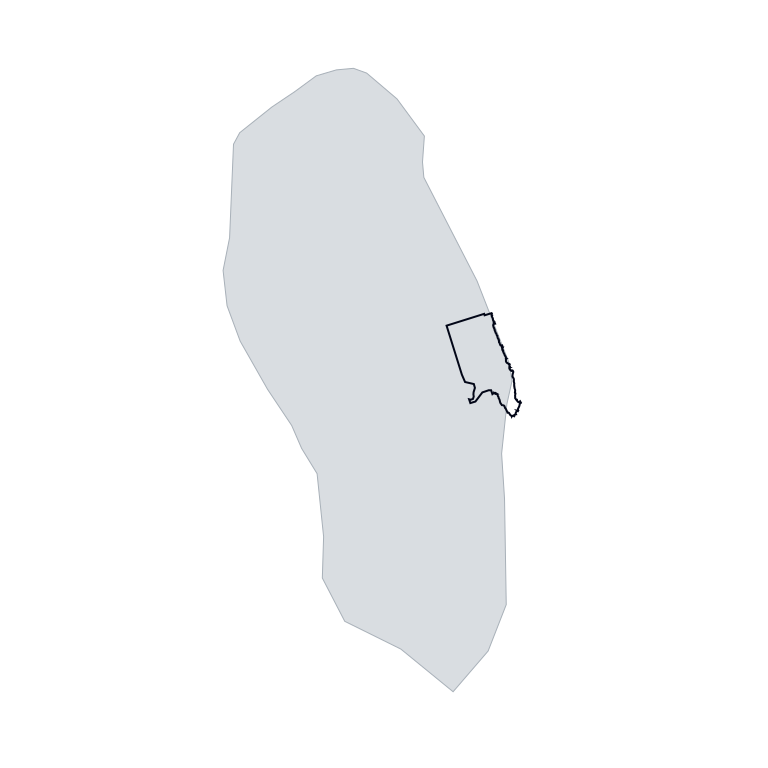 86, Ar Rayyān, Qatar (highlighted), rotated 163°
{"feature_id": "91078587B46444112589307", "entity_name": "86", "entity_type": "district", "adm_level": 2, "iso_a3": "QAT", "parent_name": "Qatar", "parent_adm1": "Ar Rayyān", "projection": "equal_earth", "projection_center": [50.779, 25.397], "detail": "fine", "context": "in_parent", "style": "outline", "palette": "ink", "viewbox_px": 768, "rotation_deg": 163, "n_neighbors": 0, "source": "geoboundaries", "source_scale": "gbopen_adm2", "svg_char_len": 5686}
<svg xmlns="http://www.w3.org/2000/svg" viewBox="0 0 768 768"><g transform="rotate(163 384 384)"><path d="M410.4,681.6L383.8,689.7L358.7,698.5L337.7,698.3L320.9,694.8L309.7,686.4L288.2,652.8L272.9,609.3L282.3,585.0L285.5,569.9L264.9,455.3L258.2,367.5L260.7,349.5L272.4,328.8L291.9,283.0L302.3,239.0L331.6,137.3L362.5,98.2L407.9,69.5L445.4,125.6L490.9,168.5L499.7,216.5L486.4,255.6L474.2,317.8L481.6,346.5L484.4,371.3L496.9,412.9L509.0,467.0L511.2,504.7L504.7,539.6L488.9,569.0L457.8,657.3L448.5,666.5L410.4,681.6Z" fill="#d9dde1" stroke="#a8b0b8" stroke-width="1"/><path d="M307.0,340.5L301.7,340.5L292.4,347.2L285.6,347.4L283.4,346.7L283.3,342.7L282.7,343.0L282.2,343.0L282.0,342.9L281.9,343.0L281.9,342.9L281.6,342.9L281.4,343.0L280.7,343.1L280.4,343.1L280.2,343.0L280.2,342.8L279.9,342.7L279.0,341.7L279.9,341.8L280.1,342.1L280.3,342.1L280.4,342.3L280.5,342.4L280.6,342.6L280.3,342.0L280.0,341.8L279.1,341.6L278.7,340.9L278.6,340.2L278.6,339.3L278.6,338.9L278.4,338.5L278.3,337.8L278.5,337.0L278.4,336.7L278.3,336.2L278.2,335.9L278.1,334.7L278.2,334.3L278.2,333.5L278.3,333.2L278.3,332.7L278.2,331.8L278.2,331.6L278.1,331.4L278.1,331.2L277.8,330.6L277.5,329.6L277.5,329.3L277.2,329.0L277.4,328.7L277.2,328.9L277.1,329.0L276.8,328.9L276.9,328.5L276.8,328.8L276.4,328.8L276.1,328.7L275.8,328.5L275.4,327.9L275.3,327.7L275.3,326.7L275.2,326.3L275.3,325.8L275.0,325.3L274.9,324.8L274.8,324.6L274.7,324.1L274.6,323.6L274.6,323.2L274.5,322.7L274.5,322.4L274.4,322.1L274.3,321.9L274.4,321.6L274.3,321.4L274.3,321.1L274.0,320.8L274.1,320.4L273.5,320.3L273.1,320.0L273.0,319.9L273.0,319.7L272.9,319.5L272.8,319.4L272.7,319.0L272.6,318.7L272.6,318.1L272.3,317.5L272.1,317.0L271.8,316.8L271.3,316.3L271.3,316.2L271.3,315.9L271.3,315.7L271.2,315.8L271.2,316.0L270.5,316.0L270.1,315.8L269.7,315.8L269.5,316.0L269.3,316.0L269.0,315.7L269.0,315.4L268.9,315.2L268.5,315.5L268.5,315.8L268.6,316.0L268.4,316.3L268.1,316.4L267.8,316.5L267.2,316.6L266.7,316.5L266.8,317.0L266.7,317.1L266.4,317.9L266.2,318.2L265.6,318.7L265.4,318.8L265.1,319.2L264.9,319.4L264.6,319.5L264.3,319.1L264.4,319.3L264.1,319.1L264.0,319.5L263.8,320.2L263.5,320.4L263.1,319.7L262.8,320.0L263.1,319.9L263.4,320.2L263.4,320.4L263.3,320.8L263.1,321.1L262.4,321.9L262.0,322.2L261.8,322.5L261.0,323.4L260.1,325.0L259.5,325.9L259.2,326.1L258.9,326.0L259.0,325.9L258.9,325.9L258.9,326.0L259.0,326.4L258.9,326.7L258.8,327.1L259.0,327.4L259.0,327.7L259.3,327.6L259.4,327.2L259.7,326.9L260.2,327.0L260.4,327.1L260.7,327.4L261.1,327.8L261.3,328.2L261.5,328.6L261.7,329.5L261.6,329.8L261.8,329.8L261.9,330.2L262.0,330.3L262.1,330.5L262.4,330.7L262.4,330.9L262.4,331.4L262.5,331.8L262.7,332.1L262.6,332.5L262.2,333.7L262.1,334.4L261.9,334.9L261.2,336.2L261.0,336.7L261.1,337.0L261.3,337.0L261.3,337.7L261.0,338.2L260.6,339.0L260.4,339.8L260.3,340.3L260.4,341.3L260.4,341.9L260.3,342.5L260.1,342.8L260.1,343.1L260.2,343.4L260.0,344.0L259.9,344.2L259.9,344.8L259.6,345.6L259.3,346.3L259.3,346.6L259.2,346.7L259.2,346.9L259.2,347.1L259.2,347.8L259.1,348.1L259.1,348.5L259.0,348.9L258.8,349.3L258.7,349.6L258.5,350.2L258.5,350.5L258.4,350.8L258.4,351.6L258.6,351.9L258.7,352.2L258.7,352.6L258.7,352.8L258.9,353.0L259.0,353.5L258.9,353.9L258.0,355.9L257.6,356.5L257.3,357.0L257.0,357.4L256.8,357.8L256.8,358.5L257.1,359.3L257.4,359.5L257.7,359.2L258.2,359.2L258.5,359.4L258.7,359.7L258.9,360.1L259.0,360.5L259.4,361.0L259.5,361.2L259.4,362.0L259.4,362.5L259.1,362.6L259.4,362.7L259.3,363.0L259.1,363.0L258.9,363.3L259.0,363.3L259.0,363.1L259.3,363.2L259.2,363.5L258.9,364.2L258.9,364.3L258.5,365.3L258.0,366.0L258.1,366.3L258.4,366.3L258.5,366.1L258.9,366.4L259.2,367.3L259.5,367.5L259.9,368.1L260.2,368.2L260.4,368.5L260.6,369.1L260.7,369.8L260.7,370.2L260.4,371.2L259.8,372.4L259.7,372.4L259.6,372.7L259.8,372.4L260.0,372.6L259.8,372.9L259.7,372.9L259.9,373.1L259.7,373.5L259.7,374.1L259.8,374.8L259.7,374.9L259.8,375.1L260.0,375.4L260.0,375.7L260.2,376.4L260.1,376.6L260.1,377.0L260.3,377.8L260.3,378.1L260.3,378.3L260.5,378.7L260.5,378.8L260.5,379.5L260.6,380.3L260.6,380.7L260.3,381.2L260.3,381.6L260.5,381.7L260.8,381.8L260.8,382.2L260.8,382.6L260.7,383.1L260.4,383.5L260.2,383.7L260.4,383.7L260.5,383.9L260.6,384.4L260.5,384.7L260.3,385.2L260.1,386.1L259.8,386.1L259.7,386.3L259.8,386.2L260.1,386.2L260.1,386.4L259.8,386.5L259.7,386.4L259.7,386.5L259.8,386.6L260.3,386.5L260.7,386.4L260.8,386.4L261.2,386.7L261.4,387.2L261.5,388.3L261.5,388.5L261.5,389.1L261.5,389.6L261.8,390.2L261.5,391.5L261.6,391.8L261.3,392.1L261.3,392.7L261.3,392.9L261.3,393.4L261.4,393.5L261.6,393.7L261.7,394.0L261.8,394.2L261.8,394.5L261.7,395.2L261.7,395.4L261.8,395.7L261.7,396.0L261.7,396.4L261.5,397.0L261.9,397.5L261.9,397.9L261.9,398.9L262.0,399.4L262.0,399.8L262.2,400.2L262.3,400.3L262.3,401.3L262.3,401.7L262.3,402.1L262.5,402.7L262.5,402.9L262.2,403.8L262.4,404.2L262.4,405.3L262.4,405.6L262.6,405.8L262.6,406.3L262.5,408.0L262.1,408.9L261.8,409.3L261.7,409.4L261.3,409.4L260.9,409.4L260.9,409.5L261.4,409.4L261.5,409.6L261.3,409.9L261.0,410.1L260.8,409.8L260.7,409.3L260.1,409.2L260.1,409.3L260.6,409.4L260.7,410.0L260.8,410.3L260.8,410.1L261.0,410.2L261.1,410.4L260.9,410.7L260.8,410.3L260.7,410.3L260.9,410.8L260.7,410.9L260.4,410.6L260.3,410.9L260.9,411.1L260.9,411.6L260.7,412.5L260.9,412.7L261.0,412.8L261.0,413.4L260.8,414.7L260.7,415.0L260.9,415.8L261.0,416.6L261.1,416.8L261.0,417.4L260.9,417.8L260.8,418.0L260.7,418.1L260.0,417.4L259.9,417.3L260.9,418.4L260.9,418.5L260.8,418.9L260.3,419.8L260.2,419.9L260.4,420.3L267.7,420.3L267.7,421.8L307.1,421.5L306.8,370.2L305.9,362.2L298.1,357.7L298.2,353.7L300.7,350.0L301.5,348.0L301.9,345.7L303.3,343.7L305.6,343.6L307.1,344.5L307.0,340.5Z" fill="none" stroke="#020617" stroke-width="2"/></g></svg>